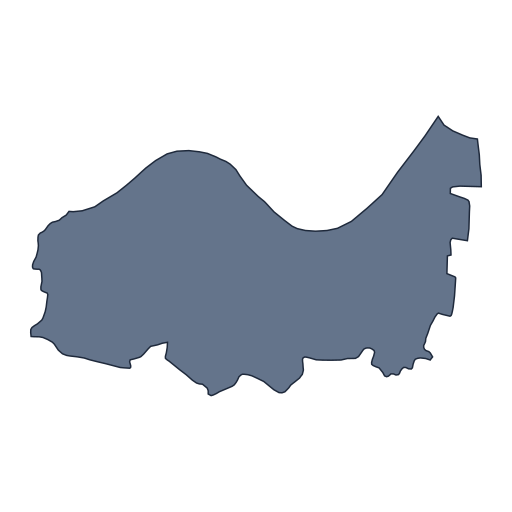 outline of Quang Ngai, Quảng Ngãi, Vietnam
{"feature_id": "81297802B1045120286230", "entity_name": "Quang Ngai", "entity_type": "district", "adm_level": 2, "iso_a3": "VNM", "parent_name": "Vietnam", "parent_adm1": "Quảng Ngãi", "projection": "robinson", "projection_center": [108.808, 15.12], "detail": "fine", "context": "isolated", "style": "filled", "palette": "slate", "viewbox_px": 512, "rotation_deg": 0, "n_neighbors": 0, "source": "geoboundaries", "source_scale": "gbopen_adm2", "svg_char_len": 3610}
<svg xmlns="http://www.w3.org/2000/svg" viewBox="0 0 512 512"><path d="M69.0,211.4L66.2,215.1L62.1,217.6L59.3,220.2L55.6,221.5L52.4,222.2L50.3,223.5L48.1,225.7L46.7,227.7L45.1,229.9L43.7,231.2L41.9,232.3L40.3,233.0L38.4,235.0L38.0,237.2L37.9,240.8L38.2,242.9L38.4,245.7L38.0,249.7L37.2,253.1L36.1,257.1L33.7,261.5L32.6,264.8L32.5,267.0L33.0,268.3L33.4,268.8L34.7,269.0L37.2,269.2L39.0,269.2L40.1,269.7L40.9,271.1L41.5,272.6L41.7,275.9L41.9,278.8L41.9,279.6L42.0,281.3L40.9,286.8L40.9,289.3L41.4,290.4L43.1,291.4L45.4,292.4L47.1,293.0L47.8,294.5L47.4,298.0L46.9,301.1L46.2,307.0L45.2,311.7L43.0,317.9L41.8,320.1L37.4,323.9L34.4,325.7L32.0,327.5L30.8,329.5L30.7,332.6L31.1,336.5L33.8,336.7L39.0,336.8L39.9,336.9L43.0,337.5L47.9,339.6L52.4,342.2L54.3,344.1L58.3,350.1L62.5,353.8L66.6,355.4L70.1,356.0L77.1,356.8L84.2,358.0L89.8,359.8L97.3,361.7L105.8,363.7L113.8,365.8L120.2,367.5L123.7,367.8L129.7,368.2L130.5,367.6L130.7,367.0L130.7,365.7L130.3,364.2L129.6,361.8L130.2,359.8L134.1,358.9L139.5,357.3L140.9,356.6L143.6,354.1L148.3,348.7L150.7,346.3L154.6,345.5L157.7,344.8L162.4,343.2L167.5,342.3L167.2,347.6L166.3,353.0L165.4,356.3L165.4,358.2L166.0,358.9L167.2,359.9L169.3,361.3L179.5,369.6L186.2,374.7L192.3,380.1L196.5,383.0L199.3,383.9L202.5,384.2L207.2,388.1L208.2,390.7L208.2,394.0L211.1,395.6L213.2,395.0L216.4,393.5L219.4,391.7L228.6,387.8L232.1,386.3L234.3,384.8L236.1,382.4L237.4,380.2L239.0,376.7L241.2,374.8L241.4,374.7L242.5,374.2L244.7,374.3L247.9,374.7L251.9,375.8L257.5,378.4L263.8,381.5L273.8,389.7L279.0,392.6L282.0,392.8L284.9,391.8L287.0,389.7L288.8,387.8L290.7,385.1L293.7,382.7L294.0,382.5L299.5,378.1L301.0,376.0L302.3,374.4L302.9,372.1L303.4,370.0L303.1,367.2L302.9,363.9L302.6,361.6L302.5,359.2L303.1,357.9L304.6,357.0L306.2,357.1L309.7,357.9L316.2,359.8L322.5,360.1L331.3,360.2L341.0,360.0L347.5,358.5L349.4,358.5L355.1,358.4L355.4,358.4L358.5,356.6L361.1,352.9L362.8,350.4L364.1,348.9L366.0,348.1L367.5,347.9L369.8,348.0L371.8,348.9L374.1,350.5L374.6,352.4L373.6,356.2L372.4,359.3L371.6,362.5L371.7,364.3L373.1,365.5L376.0,366.8L379.1,367.9L382.8,372.5L384.6,375.9L386.6,376.7L388.3,376.2L389.6,375.2L390.9,373.9L393.4,373.9L396.0,375.0L398.5,374.6L399.5,373.3L400.4,371.0L402.0,368.8L403.7,367.4L405.9,367.5L408.5,368.8L411.3,369.0L412.4,367.8L413.1,364.2L414.2,360.9L415.3,359.2L417.7,358.3L420.3,357.9L425.7,358.5L430.2,360.0L430.3,359.8L432.6,356.9L430.3,353.0L428.8,351.6L426.0,350.6L424.5,349.3L423.7,347.4L423.7,345.5L424.6,343.6L425.5,341.5L425.8,338.3L427.7,333.5L430.4,325.4L433.0,320.9L434.9,317.1L437.1,314.0L438.4,313.1L442.5,314.4L450.0,316.2L451.1,315.5L451.7,314.1L452.4,311.2L453.1,307.6L454.5,296.0L455.5,281.3L455.7,277.9L455.0,276.9L446.9,273.6L447.4,255.9L451.0,255.0L450.8,249.9L450.1,242.5L450.8,239.7L452.3,238.2L467.4,240.7L468.9,228.8L469.4,211.9L469.7,206.0L469.0,201.6L467.9,200.1L464.3,198.4L459.5,196.8L450.3,193.5L450.4,188.3L452.6,186.9L459.9,186.1L481.3,186.7L481.1,175.3L479.8,164.5L479.3,154.9L477.8,142.7L477.4,139.0L469.8,137.9L462.5,135.1L452.8,130.9L444.0,125.1L438.2,116.4L425.0,135.9L414.0,150.8L397.6,172.2L382.1,194.6L366.7,208.6L363.9,210.9L351.4,221.4L337.5,228.3L327.1,230.5L322.5,230.8L315.5,231.2L305.4,230.5L297.2,228.6L292.1,226.2L284.6,220.5L274.1,212.0L265.3,202.5L264.3,201.5L258.1,196.4L246.5,185.2L239.7,175.7L235.9,169.6L230.1,164.1L225.8,161.4L220.2,159.1L216.4,157.1L207.4,153.4L199.4,151.8L188.8,150.6L176.9,151.2L167.1,153.9L155.6,160.6L146.0,167.9L141.9,171.6L134.8,178.1L126.4,185.3L119.1,191.1L117.0,192.8L103.3,200.9L94.8,206.8L82.2,210.8L73.2,211.7L69.0,211.4Z" fill="#64748b" stroke="#1e293b" stroke-width="1.5"/></svg>